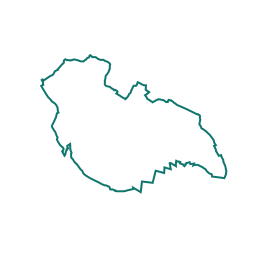 the district of Budacu De Jos, Bistrita-Nasaud, Romania, rotated 61°
{"feature_id": "2599482B65298316448597", "entity_name": "Budacu De Jos", "entity_type": "district", "adm_level": 2, "iso_a3": "ROU", "parent_name": "Romania", "parent_adm1": "Bistrita-Nasaud", "projection": "robinson", "projection_center": [24.519, 47.087], "detail": "fine", "context": "isolated", "style": "outline", "palette": "teal", "viewbox_px": 256, "rotation_deg": 61, "n_neighbors": 0, "source": "geoboundaries", "source_scale": "gbopen_adm2", "svg_char_len": 5666}
<svg xmlns="http://www.w3.org/2000/svg" viewBox="0 0 256 256"><g transform="rotate(61 128 128)"><path d="M181.4,162.2L182.2,159.0L184.0,152.5L182.8,152.3L190.3,148.0L181.6,141.7L187.9,133.0L178.8,124.5L184.9,118.2L180.4,115.3L180.2,115.2L184.8,110.6L179.0,108.6L179.4,107.6L184.6,104.6L183.1,103.9L181.4,102.7L180.1,101.7L181.1,101.1L182.2,99.9L182.1,99.7L183.0,98.8L184.1,99.7L185.7,98.3L185.8,98.3L186.9,97.3L187.7,97.5L188.6,97.3L188.8,97.2L188.7,96.8L188.2,96.6L188.2,96.1L188.2,95.8L188.0,95.4L188.0,95.2L187.8,94.9L187.0,94.7L187.0,93.8L187.1,93.7L187.8,90.6L189.8,91.0L191.1,87.5L192.4,88.9L192.4,88.7L192.9,87.0L193.4,85.9L193.7,85.5L194.0,85.1L194.3,84.7L194.5,84.6L197.3,82.6L199.2,81.4L199.7,81.4L200.4,81.0L200.9,80.5L201.5,80.3L202.3,80.1L203.2,80.1L204.1,80.0L204.8,79.7L206.2,79.3L207.1,78.9L209.1,77.2L211.2,78.0L217.8,69.0L218.5,68.1L218.1,67.4L217.5,66.7L216.8,65.7L215.7,64.5L214.9,64.2L214.3,63.5L214.0,63.2L213.4,62.9L212.9,62.7L212.4,62.7L212.0,62.6L211.3,62.2L210.9,62.2L209.3,61.6L207.4,61.3L204.3,61.0L203.1,60.7L202.2,60.2L199.1,60.2L197.7,59.9L196.8,59.8L196.8,60.6L196.6,61.2L196.5,61.5L196.4,62.0L194.7,62.1L192.3,62.1L191.8,62.1L191.7,62.2L190.7,62.2L190.2,61.9L189.3,61.6L188.3,61.6L186.9,61.4L185.4,61.4L185.6,59.5L185.3,59.5L184.7,59.6L183.5,59.7L182.3,59.6L181.0,59.1L180.3,59.0L179.6,59.0L174.3,59.7L173.4,59.9L170.3,60.9L169.4,61.1L166.2,62.5L165.5,62.8L164.9,63.3L164.4,63.6L163.9,63.9L163.4,63.8L162.7,63.6L162.2,63.5L160.7,63.7L160.0,63.6L159.6,63.8L158.4,63.1L156.8,61.6L155.6,60.7L155.3,60.5L154.1,60.3L153.8,60.1L153.5,60.0L152.7,59.4L152.4,59.2L152.0,59.2L151.2,59.4L150.4,60.0L150.1,60.0L149.4,60.6L149.3,61.1L140.3,67.3L135.4,71.0L132.1,73.6L131.2,74.1L130.6,74.3L129.5,74.9L129.1,75.0L127.9,75.7L126.6,76.0L125.6,76.5L124.8,76.9L124.9,77.2L124.4,77.6L124.3,77.8L123.4,78.4L123.1,78.7L123.2,79.0L123.5,78.9L123.4,79.1L123.4,79.3L123.7,79.9L124.1,80.3L124.6,80.7L124.0,81.5L123.8,82.1L121.6,83.0L120.7,83.7L118.7,86.0L117.8,87.3L117.6,87.4L117.6,87.7L117.7,87.9L117.3,89.2L117.4,89.8L117.4,91.4L117.5,92.0L117.4,93.0L117.4,94.1L116.7,94.2L115.4,95.2L114.2,95.5L112.5,96.7L112.0,96.9L111.4,97.0L110.0,96.8L109.4,96.9L107.6,97.2L107.4,94.3L106.9,92.1L103.2,94.0L99.3,91.6L98.3,93.4L96.2,95.0L95.2,95.4L93.9,96.5L92.7,97.3L94.1,98.9L94.4,99.3L94.9,100.2L95.0,100.6L94.8,101.0L94.2,101.6L94.2,101.9L93.9,102.3L94.0,102.8L94.2,103.4L94.7,104.1L95.3,104.8L96.1,105.8L97.1,107.3L98.2,108.4L98.5,108.8L98.7,109.4L98.8,110.5L99.0,110.8L99.6,111.5L99.8,111.8L100.8,113.8L101.3,115.6L101.1,115.6L101.4,116.4L100.6,116.7L99.4,117.6L98.7,117.9L97.3,118.7L95.8,119.4L92.2,121.5L91.7,120.0L91.3,119.7L90.8,119.6L90.5,119.6L88.5,120.7L88.2,120.9L88.1,121.2L88.0,121.4L87.7,121.7L87.6,121.9L87.7,122.0L86.6,122.3L85.7,122.9L83.9,123.7L83.2,124.0L82.6,124.6L82.2,125.1L80.8,126.5L80.2,127.0L79.1,127.1L78.4,127.0L77.9,126.8L77.6,126.7L77.3,126.3L76.4,125.8L76.0,125.6L75.5,125.5L74.9,124.8L73.4,123.5L71.9,122.5L71.4,121.8L71.1,121.0L71.1,120.7L70.3,119.3L69.5,117.7L69.3,117.5L68.9,117.2L68.4,116.6L68.1,116.2L67.9,115.7L67.5,115.3L64.5,113.6L63.9,113.0L63.7,112.7L62.7,112.8L62.2,112.9L60.7,113.5L59.6,114.3L59.0,114.9L58.6,115.2L58.4,115.5L58.0,115.6L56.4,116.5L56.0,117.2L55.5,118.3L55.1,119.0L54.6,119.5L54.0,120.0L53.3,120.4L53.1,120.7L50.4,121.9L49.5,123.3L49.0,124.5L48.7,124.8L47.9,125.1L47.5,125.1L47.1,125.3L46.1,125.6L46.0,126.2L46.1,126.6L47.2,127.6L47.4,128.2L46.9,129.5L47.3,130.3L47.4,130.7L47.6,131.1L47.7,131.3L47.7,131.5L47.8,131.8L47.7,132.0L47.7,132.4L48.2,134.6L47.7,135.5L47.5,135.8L47.1,136.6L46.1,137.7L44.5,138.9L43.4,140.3L42.3,141.3L41.8,142.1L41.5,143.2L41.6,143.4L41.6,143.9L41.1,144.6L41.2,145.0L41.1,145.7L40.7,146.1L40.4,146.3L39.8,147.1L39.4,147.8L39.2,148.4L38.7,148.7L38.3,149.1L37.5,149.5L37.6,150.1L37.7,150.7L37.9,151.2L38.0,151.5L39.5,152.2L39.7,152.4L40.1,153.2L40.2,153.7L40.1,154.0L40.6,155.5L41.4,157.6L42.1,159.5L42.5,160.9L43.1,161.0L43.0,161.8L43.0,163.4L42.9,163.9L42.9,164.1L43.3,165.1L43.5,165.2L44.8,167.4L45.1,168.3L45.1,168.7L45.1,169.1L44.9,170.0L44.8,171.1L44.9,171.3L45.2,174.8L45.5,178.1L45.5,179.0L45.4,179.4L45.0,179.2L44.7,178.9L44.1,179.1L44.1,179.7L44.1,179.8L44.1,180.2L44.6,180.3L45.2,180.2L45.4,180.1L45.7,180.2L46.2,180.1L46.4,179.9L46.8,180.1L47.1,180.2L47.8,180.8L48.4,181.1L49.1,181.1L49.1,183.5L58.9,183.2L61.8,182.9L62.8,182.8L63.9,182.4L65.1,182.1L66.2,182.0L66.6,181.8L67.7,181.7L68.5,181.5L70.1,180.5L71.7,179.9L73.5,179.6L74.3,179.7L75.9,179.7L79.3,181.2L80.8,181.3L80.7,183.1L83.8,185.9L85.1,187.8L86.4,189.4L88.8,193.0L89.9,193.8L91.1,194.0L92.5,193.8L94.2,193.9L95.2,193.6L96.4,193.6L99.4,194.0L100.0,194.2L101.4,194.2L102.0,194.1L102.9,195.0L103.4,195.7L106.6,195.9L107.5,195.8L108.4,195.8L109.7,195.7L112.0,195.1L112.8,194.6L114.2,194.3L114.6,194.3L114.9,194.5L115.5,194.7L115.7,195.0L115.8,195.6L116.0,196.0L116.2,196.3L116.8,196.3L116.8,196.9L121.5,197.0L121.4,196.7L120.9,196.0L120.8,195.7L118.0,193.3L117.8,192.3L117.3,191.9L117.1,192.0L116.7,191.7L116.7,191.2L116.8,190.5L116.1,190.4L116.1,190.2L114.7,190.1L114.4,190.0L114.2,189.8L113.9,186.4L116.1,187.4L117.9,188.5L118.2,188.6L118.5,188.5L119.4,189.1L121.9,189.3L122.4,189.4L122.6,189.8L122.7,190.1L124.5,191.1L125.4,191.5L126.2,192.0L127.4,191.7L128.1,191.6L128.9,191.3L130.5,191.4L133.1,191.0L134.9,190.3L141.4,189.5L143.0,188.8L146.1,189.0L146.9,188.9L149.0,188.0L153.8,185.3L162.1,179.5L162.9,179.1L164.1,178.3L165.6,177.2L166.7,176.4L167.0,175.8L167.3,175.4L167.8,174.8L168.6,174.2L169.3,173.7L169.9,173.2L170.8,172.8L172.1,173.2L173.1,173.3L173.8,172.2L174.2,171.3L175.0,170.6L175.8,170.1L176.7,169.2L177.1,169.5L178.2,167.9L181.4,162.2Z" fill="none" stroke="#0f766e" stroke-width="2"/></g></svg>